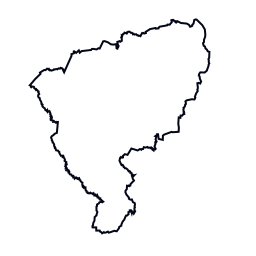 Wang Nam Yen, Sa Kaeo, Thailand, rotated 172°
{"feature_id": "78962969B24395616266318", "entity_name": "Wang Nam Yen", "entity_type": "district", "adm_level": 2, "iso_a3": "THA", "parent_name": "Thailand", "parent_adm1": "Sa Kaeo", "projection": "equal_earth", "projection_center": [102.114, 13.545], "detail": "fine", "context": "isolated", "style": "outline", "palette": "ink", "viewbox_px": 256, "rotation_deg": 172, "n_neighbors": 0, "source": "geoboundaries", "source_scale": "gbopen_adm2", "svg_char_len": 5861}
<svg xmlns="http://www.w3.org/2000/svg" viewBox="0 0 256 256"><g transform="rotate(172 128 128)"><path d="M37.8,186.4L36.8,192.1L38.4,192.9L39.0,194.7L40.2,195.9L40.4,197.9L41.6,198.9L41.9,201.5L40.8,202.6L40.5,204.7L38.9,207.6L38.4,210.0L38.2,214.9L40.1,219.5L44.9,225.7L45.7,226.1L47.3,225.8L48.6,222.3L50.1,221.1L50.2,220.2L52.4,219.6L53.2,221.6L55.2,223.2L60.9,224.6L64.2,226.9L65.0,226.9L65.1,226.0L65.6,225.7L66.2,226.1L65.9,226.8L66.2,227.2L67.9,227.9L68.0,228.7L69.2,228.9L70.1,228.7L69.9,226.7L72.4,224.5L74.5,224.9L75.0,224.2L82.5,223.9L83.8,223.0L83.9,222.4L86.6,222.5L86.8,223.2L92.3,222.9L97.2,220.7L97.1,219.5L98.9,219.3L99.5,220.0L100.6,219.7L100.9,220.0L102.9,217.2L104.1,217.9L104.8,217.8L105.3,218.5L105.9,218.4L106.8,219.7L108.7,219.6L109.2,220.5L110.1,220.3L110.1,220.9L110.9,221.8L111.9,221.8L113.1,223.2L114.6,223.3L115.6,222.2L116.0,222.5L116.3,221.8L118.2,222.9L118.9,222.0L119.9,221.7L120.8,220.2L121.2,220.5L121.2,219.1L122.1,218.7L121.7,217.5L122.0,215.2L123.7,214.5L124.2,215.2L126.6,214.7L126.4,211.7L125.9,210.6L126.1,210.2L126.4,210.7L126.7,210.5L127.5,208.1L128.2,208.5L128.1,212.7L130.6,212.6L133.2,213.2L136.0,215.7L139.1,217.3L140.5,217.3L145.0,210.6L146.1,211.1L148.1,210.2L151.9,211.3L152.9,211.2L153.7,210.4L163.2,210.6L165.3,209.3L165.9,211.7L168.9,209.6L170.5,211.4L171.0,211.4L171.2,209.5L173.7,209.0L173.9,207.3L183.5,192.0L184.2,194.1L184.0,195.1L184.6,195.3L184.8,196.2L186.4,197.0L187.2,196.2L188.5,196.7L189.8,195.9L190.7,196.4L192.6,196.1L193.0,196.4L193.8,195.8L196.0,195.5L196.5,196.1L197.4,196.0L198.0,197.4L198.6,197.0L199.0,197.8L200.0,198.0L201.6,196.8L202.9,197.1L207.5,195.1L207.1,193.8L213.0,189.5L219.2,184.0L218.4,183.6L218.5,182.3L218.1,181.8L217.2,182.4L215.6,182.0L215.2,181.4L215.3,180.4L214.3,179.4L213.7,179.4L213.7,178.3L212.8,178.4L212.1,177.4L211.9,176.0L211.5,176.1L211.6,175.2L211.2,173.9L212.3,173.1L212.6,172.2L212.3,170.7L211.3,170.0L211.3,168.5L210.2,165.6L210.4,163.8L210.0,163.1L209.6,163.4L209.3,163.0L209.8,161.6L208.9,160.1L207.7,159.1L207.3,157.2L206.0,157.0L206.3,156.4L206.1,156.1L205.4,156.9L205.2,155.2L204.6,155.7L204.1,155.3L203.4,155.6L202.8,153.3L203.2,152.7L202.7,152.3L202.7,151.1L203.0,150.8L202.4,150.5L202.7,150.0L201.8,149.3L202.0,148.7L202.3,149.2L202.5,148.4L203.0,148.8L203.3,148.2L203.4,147.3L202.8,147.3L203.0,146.4L200.7,145.5L201.1,144.5L200.0,144.5L198.8,143.4L198.3,143.9L197.7,143.1L197.5,143.7L196.6,143.7L199.1,133.1L201.6,132.4L202.7,131.4L204.6,130.5L205.5,129.4L205.0,127.1L205.2,126.3L204.6,125.5L204.7,124.2L204.2,124.0L203.4,122.0L203.7,120.7L203.0,119.4L203.3,119.1L203.2,118.2L202.6,118.0L202.3,115.9L200.4,115.3L199.7,113.8L199.4,113.8L199.4,112.4L198.2,109.7L196.1,109.7L195.8,109.1L196.5,108.1L195.8,107.9L195.0,106.2L194.9,105.2L195.4,104.3L193.8,102.8L194.5,101.8L194.0,101.2L194.7,100.5L194.1,100.1L195.1,99.4L194.9,98.5L195.3,98.4L194.8,97.6L195.3,96.6L194.3,96.4L194.8,95.3L194.1,95.5L194.0,94.4L193.2,94.7L192.9,94.3L193.0,93.4L192.5,93.8L192.1,92.7L192.6,91.6L192.0,90.2L190.6,89.8L190.4,88.6L189.4,88.3L189.2,87.2L188.6,87.7L188.0,85.5L187.4,86.1L186.8,85.7L186.3,86.3L185.6,86.0L185.2,86.5L185.6,85.3L185.4,84.9L184.1,84.1L184.0,85.0L183.4,85.2L183.0,83.6L183.6,82.8L183.0,83.2L182.4,82.8L182.3,81.7L180.7,80.2L181.1,78.9L181.1,77.8L180.6,77.1L181.1,76.9L181.0,76.0L180.3,75.1L179.8,76.1L179.2,75.0L178.4,75.1L178.6,72.1L177.8,71.5L177.9,70.5L176.8,69.8L177.0,69.2L175.6,68.6L174.3,69.2L173.8,68.4L172.7,68.4L172.0,67.5L171.2,68.1L171.0,67.1L170.6,67.0L170.7,66.2L169.6,66.5L169.6,65.5L169.0,65.6L168.4,64.7L167.8,65.6L167.4,64.2L167.6,63.4L166.6,63.3L166.3,62.0L165.3,62.1L165.5,60.9L164.5,60.6L164.0,59.1L163.6,59.4L162.8,58.5L163.7,58.1L163.9,58.6L166.6,58.4L167.5,57.3L169.4,56.5L169.5,55.1L170.2,54.5L170.7,50.6L170.1,49.6L170.1,48.8L171.2,46.7L171.3,45.9L173.4,44.4L174.1,40.9L175.5,39.0L176.3,36.4L176.9,35.8L176.9,34.5L173.3,34.0L173.7,30.8L170.3,30.4L170.1,29.3L168.9,28.5L168.3,27.3L166.5,28.2L166.3,27.7L164.7,27.5L162.3,28.2L161.7,27.1L160.8,27.1L155.9,28.1L153.5,27.3L150.9,30.0L150.4,31.3L148.2,32.2L147.9,33.5L146.2,36.2L144.5,37.7L142.7,40.8L142.0,41.6L141.2,41.4L139.5,42.5L139.3,44.6L138.0,44.9L137.8,45.8L137.0,45.3L137.0,46.2L136.6,46.2L136.1,43.2L135.6,44.5L135.1,44.7L134.2,42.4L132.5,44.6L133.0,45.3L132.8,47.8L132.2,48.5L132.4,49.7L131.7,51.3L131.8,52.7L133.5,54.0L134.1,56.7L135.6,56.7L137.0,57.8L136.8,59.0L138.8,62.2L139.5,64.7L139.2,66.2L137.7,67.6L137.0,71.0L135.0,70.3L134.9,70.9L133.7,70.7L133.2,72.2L129.4,75.1L130.3,77.0L130.5,78.6L128.4,80.3L129.2,80.2L129.7,81.0L130.8,80.6L130.8,82.9L132.0,83.4L131.8,84.2L132.4,85.1L133.4,85.0L134.2,87.0L135.6,88.4L136.7,88.6L136.9,89.4L137.7,89.9L137.6,90.6L138.4,92.2L139.1,91.8L139.7,92.4L141.0,96.8L140.0,99.5L139.0,100.3L138.2,99.4L137.0,99.6L136.8,101.2L134.8,102.5L132.2,101.5L127.5,107.2L121.5,104.4L119.2,105.5L117.9,104.7L117.7,105.2L116.0,105.1L115.0,106.8L113.5,106.2L111.3,106.5L110.8,105.6L107.5,105.5L107.2,105.0L107.5,104.7L106.9,104.6L107.1,104.0L106.1,103.3L106.5,102.9L105.8,102.2L105.4,103.5L104.0,103.0L103.5,103.5L104.3,106.1L103.1,108.2L103.0,110.2L102.6,110.5L102.3,109.8L101.6,110.6L102.3,112.8L101.2,115.5L102.1,116.1L100.6,116.9L100.1,117.8L99.1,117.6L99.2,113.0L95.2,111.4L94.5,115.6L93.2,116.4L85.4,118.1L84.4,117.6L78.4,117.2L77.6,121.1L77.6,125.3L76.3,131.4L74.7,130.8L74.2,133.0L72.6,132.7L71.7,133.7L70.4,134.0L70.7,134.8L70.3,135.2L70.7,135.7L70.3,136.6L70.7,137.1L70.6,138.4L70.1,139.4L70.3,140.2L68.7,141.4L68.1,143.3L67.5,143.5L67.2,144.6L67.4,146.4L66.1,147.2L60.7,147.6L58.3,147.0L57.8,147.5L57.1,148.6L57.4,149.6L55.7,152.8L53.8,154.9L54.1,156.2L53.6,156.8L53.2,158.2L53.1,162.7L51.8,162.9L50.3,162.0L49.1,163.8L50.0,166.9L49.9,169.1L50.6,170.1L49.9,171.8L48.7,173.0L44.3,172.3L42.0,173.8L39.5,178.6L39.3,179.8L38.5,180.7L38.9,182.3L38.5,183.8L38.8,184.9L37.8,186.4Z" fill="none" stroke="#020617" stroke-width="2"/></g></svg>